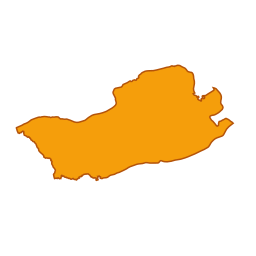 outline of Bener Meriah, Aceh, Indonesia, rotated 329°
{"feature_id": "22746128B4257100474226", "entity_name": "Bener Meriah", "entity_type": "district", "adm_level": 2, "iso_a3": "IDN", "parent_name": "Indonesia", "parent_adm1": "Aceh", "projection": "mercator", "projection_center": [96.897, 4.775], "detail": "fine", "context": "isolated", "style": "filled", "palette": "amber", "viewbox_px": 256, "rotation_deg": 329, "n_neighbors": 0, "source": "geoboundaries", "source_scale": "gbopen_adm2", "svg_char_len": 5630}
<svg xmlns="http://www.w3.org/2000/svg" viewBox="0 0 256 256"><g transform="rotate(329 128 128)"><path d="M220.6,178.1L220.1,176.3L219.5,175.3L218.6,172.7L217.1,170.4L216.5,170.1L214.2,170.1L213.4,169.9L211.1,169.9L209.5,169.4L209.0,169.7L208.1,170.6L206.8,172.4L205.6,172.4L205.3,172.2L205.0,171.5L204.7,168.8L204.2,165.9L203.6,164.4L203.5,162.1L203.7,160.7L204.2,160.3L204.8,160.1L205.6,160.2L206.9,160.5L208.1,161.1L209.5,161.4L211.6,161.5L213.4,161.5L215.0,161.3L218.4,160.6L219.4,159.9L220.0,159.3L220.3,158.3L220.4,157.3L220.2,156.0L220.2,154.9L220.5,154.0L221.8,152.2L222.8,151.2L223.5,150.3L224.1,149.3L224.6,147.8L224.7,146.5L224.7,145.1L223.7,139.7L222.8,138.4L221.8,137.4L221.7,139.1L221.4,139.5L220.9,139.9L213.9,140.0L212.4,140.1L211.1,140.1L210.5,139.8L208.9,138.9L208.2,138.9L208.0,139.0L207.9,139.3L207.8,139.5L207.9,139.8L208.1,140.0L209.2,140.3L209.6,140.7L209.4,141.4L208.7,142.0L207.8,141.7L207.3,141.4L207.1,140.9L206.7,140.7L206.3,140.6L205.8,140.8L205.5,141.0L205.2,142.1L204.9,142.5L204.5,142.5L204.3,142.3L203.9,141.4L203.2,140.5L202.7,139.5L202.8,138.9L203.7,138.4L204.3,138.3L204.6,138.1L204.7,137.2L204.0,136.9L203.5,137.2L203.1,137.1L203.0,136.6L203.2,136.2L203.1,135.7L202.8,135.1L202.5,134.7L201.9,134.2L201.7,133.8L201.5,132.2L203.3,132.4L203.3,131.6L203.5,130.1L203.9,129.1L204.4,128.0L207.8,124.1L209.0,122.0L209.8,119.5L210.7,117.7L211.3,116.2L211.5,114.9L211.4,113.7L211.0,113.0L210.1,112.3L208.6,110.7L208.2,109.7L208.0,107.5L207.6,106.0L205.9,103.5L204.6,101.2L203.8,100.5L202.8,99.8L201.7,99.5L199.5,99.1L199.5,98.7L198.4,98.3L198.1,97.7L197.1,97.1L196.1,97.2L194.6,96.8L192.1,95.8L189.7,95.2L182.4,93.0L179.3,91.9L174.8,89.4L173.1,88.6L171.6,88.1L171.0,88.1L169.5,87.9L168.0,87.9L166.7,88.3L165.1,88.4L163.7,89.0L163.3,90.2L163.0,90.5L162.6,90.6L161.5,90.3L161.1,90.3L160.0,91.1L159.6,91.2L159.2,91.1L158.7,90.3L158.4,90.1L157.9,90.1L157.3,89.8L156.8,89.7L155.3,90.1L154.4,89.6L154.3,89.1L154.1,88.8L153.6,88.7L150.8,88.8L146.2,88.2L144.1,89.4L143.2,89.4L137.7,87.5L136.4,87.6L135.9,87.9L133.7,89.5L133.3,90.2L133.0,91.3L132.9,93.2L132.7,94.7L132.8,95.0L132.7,95.7L132.4,96.4L131.8,97.3L131.1,99.9L130.6,100.8L130.0,101.4L129.0,102.0L126.8,102.5L124.5,102.7L118.0,102.6L114.2,101.9L111.0,101.0L106.0,99.1L104.7,98.8L103.3,98.6L99.4,98.7L95.4,99.3L93.4,98.9L90.1,98.1L88.2,97.5L86.8,96.7L85.2,95.3L82.4,91.5L80.1,88.8L78.1,87.8L76.2,86.2L74.9,85.5L74.5,84.8L73.9,82.7L72.8,81.8L71.5,81.1L70.2,80.6L69.0,79.7L67.1,79.2L66.3,78.1L65.7,77.8L63.8,76.2L62.1,75.0L59.8,74.0L58.1,73.5L57.7,73.0L57.2,72.9L56.5,72.5L56.0,72.5L53.9,72.0L49.3,71.2L45.9,71.6L44.5,71.6L42.6,71.4L41.2,71.1L39.9,71.0L39.2,71.1L36.3,70.8L35.5,70.6L34.8,70.6L32.9,70.3L32.5,70.3L32.1,71.2L32.1,71.7L31.6,73.2L31.3,75.7L31.9,76.0L32.0,76.2L32.0,76.6L32.3,76.7L33.2,76.5L33.7,76.6L33.9,76.9L34.4,76.8L34.9,76.5L35.8,76.8L36.1,76.6L36.3,77.0L36.6,77.1L36.5,77.3L36.7,77.9L36.2,78.3L36.0,78.6L35.4,80.7L36.6,82.4L36.8,82.8L37.0,83.0L37.0,83.7L37.3,84.2L38.1,84.7L38.4,84.5L38.5,84.8L38.7,85.3L38.6,86.1L39.0,86.5L38.8,88.4L39.4,89.2L39.5,90.0L39.6,90.6L40.1,91.3L40.6,91.6L40.5,92.8L40.9,94.5L40.5,95.9L40.6,96.3L40.3,97.0L40.2,98.2L40.6,99.2L40.6,99.7L40.1,100.7L39.9,101.9L40.3,104.0L40.7,105.1L40.8,105.5L41.2,106.5L41.4,107.7L41.4,108.7L40.9,109.5L41.3,110.2L41.7,111.3L42.1,111.5L42.5,111.5L43.4,112.2L43.9,112.9L44.4,112.9L45.4,113.6L45.5,114.5L45.8,114.9L45.8,115.3L45.6,115.6L45.3,115.7L45.1,116.3L45.5,116.6L45.5,117.6L45.3,118.0L44.8,118.3L44.5,118.8L44.1,119.9L44.1,121.6L43.8,122.7L43.8,123.4L44.1,124.6L44.1,126.6L44.0,126.8L42.5,128.2L42.0,128.8L41.1,129.0L40.2,129.5L39.4,131.8L39.0,133.5L39.5,133.6L40.0,133.7L40.2,134.0L40.8,134.3L41.3,134.3L41.4,134.5L41.4,134.8L42.2,134.7L42.6,134.9L42.6,135.3L42.9,135.6L43.0,136.1L43.6,136.4L43.8,136.4L44.4,136.7L44.6,136.1L45.6,135.7L45.9,135.2L46.3,134.5L46.8,134.4L47.0,134.5L47.2,135.8L48.2,136.0L48.3,136.2L48.2,137.1L48.8,137.9L49.1,138.0L49.3,138.3L49.7,138.4L49.9,138.6L49.9,139.2L50.2,139.4L50.7,139.7L50.9,140.0L50.9,140.3L51.3,140.8L51.8,140.9L52.1,141.2L52.3,141.5L52.3,142.0L52.7,142.5L53.5,142.9L54.7,142.9L54.9,142.9L55.1,143.7L55.5,144.5L56.2,144.8L56.5,145.1L57.0,145.6L56.9,145.9L57.1,146.0L57.2,145.9L57.6,145.9L57.8,145.7L58.2,145.7L58.5,145.5L58.8,145.7L59.0,145.6L59.9,145.5L60.4,145.8L60.6,145.0L61.2,145.1L62.1,144.9L62.3,145.5L62.6,145.6L63.3,145.5L63.6,145.6L63.8,145.1L64.2,144.9L64.8,145.2L66.1,145.0L66.4,145.0L66.9,145.4L67.6,145.4L67.8,145.7L68.6,145.9L68.9,146.3L69.4,146.3L69.8,146.7L70.2,146.8L71.1,149.2L71.0,150.0L71.0,150.5L71.2,150.9L71.3,150.9L71.4,151.2L71.7,151.2L71.9,152.0L72.2,152.6L72.8,153.0L73.0,153.5L73.9,153.5L74.7,154.3L74.7,154.7L74.5,155.2L74.3,155.3L74.3,155.6L74.0,155.8L73.8,156.2L74.1,156.7L75.1,156.8L75.5,157.0L75.9,156.6L75.8,155.8L76.0,155.2L76.3,155.1L76.4,154.9L77.2,154.3L77.2,154.0L77.5,154.2L78.5,154.2L78.6,154.6L78.4,155.1L79.3,155.7L78.9,156.6L78.5,156.9L78.8,157.2L79.0,157.3L79.2,157.6L79.7,158.0L80.4,158.0L81.4,158.2L83.0,159.0L84.1,159.5L85.2,159.7L87.8,159.4L89.1,159.6L92.5,160.7L95.4,160.9L97.6,161.5L102.4,162.0L105.1,162.2L106.6,162.2L107.5,162.1L109.7,162.2L117.1,163.7L118.7,164.3L122.1,165.9L125.4,166.8L126.7,167.7L128.8,169.4L135.6,173.4L136.5,173.5L138.6,172.8L139.1,172.8L139.7,173.2L141.0,174.8L142.0,175.7L143.2,176.5L144.3,177.2L147.9,178.7L151.9,179.8L156.4,181.6L157.6,182.0L161.7,183.0L164.3,183.5L172.0,184.6L178.8,185.2L182.2,185.6L186.3,185.7L187.3,185.6L188.9,184.9L191.2,183.6L192.6,183.0L195.3,182.3L197.0,182.1L198.9,182.2L204.3,183.3L205.5,183.3L206.6,182.9L211.8,179.8L214.7,178.9L216.4,178.6L220.6,178.1Z" fill="#f59e0b" stroke="#b45309" stroke-width="1.5"/></g></svg>